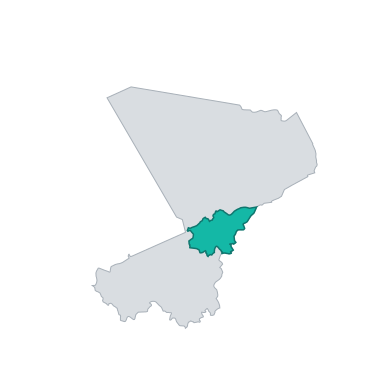 where Mopti sits in Mali, rotated 335°
{"feature_id": "MLI-2809", "entity_name": "Mopti", "entity_type": "Region", "adm_level": 1, "iso_a3": "MLI", "parent_name": "Mali", "parent_adm1": "", "projection": "orthographic", "projection_center": [-3.546, 14.53], "detail": "fine", "context": "in_parent", "style": "filled", "palette": "teal", "viewbox_px": 384, "rotation_deg": 335, "n_neighbors": 0, "source": "natural_earth", "source_scale": "10m", "svg_char_len": 6243}
<svg xmlns="http://www.w3.org/2000/svg" viewBox="0 0 384 384"><g transform="rotate(335 192 192)"><path d="M74.8,274.5L75.0,273.3L74.0,272.4L74.0,272.0L74.6,268.4L74.6,267.5L75.1,265.7L74.4,264.9L74.3,264.2L72.7,261.9L72.3,259.9L71.4,258.5L69.5,258.1L68.8,259.1L68.3,259.3L67.6,258.5L67.4,257.8L67.4,257.2L65.0,254.0L65.2,252.3L66.2,251.5L66.6,250.1L65.7,248.4L65.9,246.8L65.9,244.6L64.5,242.6L63.5,241.7L62.7,240.3L63.5,237.3L62.1,234.6L64.8,235.7L66.2,234.8L67.5,233.5L68.6,231.8L69.2,229.6L69.5,227.7L70.7,224.8L72.0,223.4L74.8,221.4L75.6,221.7L79.9,226.2L82.3,228.5L83.2,229.7L84.1,229.7L85.4,227.6L86.8,225.8L87.3,225.4L91.8,225.3L94.2,225.7L96.2,226.3L99.2,226.5L107.0,225.4L107.1,224.5L107.0,223.4L107.4,222.7L108.1,221.9L108.6,221.8L108.8,224.3L109.4,224.7L111.3,224.8L169.1,225.8L171.6,212.9L167.4,208.2L154.8,70.7L181.2,71.0L185.7,74.1L271.9,133.4L272.4,135.4L272.3,138.1L273.0,138.9L274.3,139.7L279.3,142.2L279.7,142.7L279.9,143.8L280.5,145.1L281.6,145.8L282.8,146.3L284.3,146.7L288.8,147.0L289.7,147.6L291.7,149.9L292.8,150.4L298.8,151.5L300.8,152.1L303.0,153.1L304.1,154.1L304.2,157.8L305.2,160.2L305.2,160.9L304.3,161.9L304.1,162.6L303.0,164.6L303.3,165.3L305.4,166.7L306.5,167.1L307.7,167.1L320.3,164.1L321.9,199.3L321.4,199.8L321.3,206.1L320.5,209.8L319.0,212.5L318.0,216.6L317.4,217.4L317.1,219.8L316.2,221.1L314.5,221.7L311.6,224.4L311.4,226.5L304.4,225.6L303.9,225.6L303.6,225.9L303.5,227.0L285.6,228.1L276.8,228.8L271.3,233.7L267.7,234.2L263.2,233.9L260.9,233.9L259.9,234.2L259.8,235.0L252.6,232.7L249.9,233.5L249.5,233.3L249.1,232.8L247.8,232.5L245.8,232.6L244.3,233.0L239.7,236.8L237.3,237.8L232.7,240.1L229.6,242.0L228.4,242.4L226.6,242.5L225.1,242.9L223.8,247.2L222.9,247.6L217.5,245.9L216.4,246.2L215.4,246.7L212.4,249.3L210.9,251.3L210.0,254.0L210.2,255.7L209.6,256.2L208.2,256.4L205.7,255.8L204.9,256.1L204.6,257.4L204.6,260.3L204.1,262.3L202.5,262.9L201.4,263.7L200.4,263.9L199.7,263.7L195.2,260.8L193.7,260.3L192.1,260.6L190.5,261.9L187.6,264.9L187.9,266.0L188.7,267.3L189.3,268.9L189.3,270.3L185.2,272.2L186.1,273.7L186.0,277.7L184.1,279.5L183.5,280.7L181.6,282.0L180.1,282.7L175.1,283.7L173.1,285.0L172.2,286.0L171.9,287.1L172.1,288.4L173.1,291.0L172.7,293.4L171.9,296.2L171.2,297.4L168.8,298.8L169.2,300.7L169.4,303.3L169.0,306.7L168.2,308.9L167.7,308.7L165.5,308.8L163.1,309.5L162.2,310.0L162.0,310.8L160.0,312.6L158.6,312.5L157.4,312.0L156.7,311.5L156.7,311.2L157.4,309.8L157.5,309.2L156.7,306.7L156.9,306.0L156.6,304.0L156.4,303.9L153.7,304.8L153.6,305.1L154.0,306.4L153.7,306.6L152.8,306.6L151.5,306.1L150.1,305.0L149.7,305.3L149.5,306.2L149.4,307.3L149.8,309.3L149.4,310.0L147.1,309.8L145.2,310.0L144.8,310.7L144.5,311.5L145.0,312.4L144.9,312.7L144.1,313.3L143.8,313.2L142.7,312.3L138.6,311.3L138.2,310.0L137.7,309.9L136.4,308.3L135.9,308.3L135.4,308.6L133.8,308.5L132.4,309.8L131.3,311.5L130.2,312.3L128.4,312.7L128.7,311.6L128.2,310.1L124.6,308.1L124.1,307.3L123.2,303.0L123.3,301.7L123.5,300.6L123.4,299.7L123.1,299.0L122.0,298.4L120.9,298.0L119.4,298.8L118.7,299.0L118.1,298.9L117.8,298.6L117.8,298.2L119.4,295.9L120.2,294.9L121.7,293.8L122.1,293.3L122.2,292.8L122.0,292.5L121.0,292.1L119.5,291.0L118.7,290.8L118.0,290.3L117.2,288.6L116.9,288.3L116.2,288.1L115.5,287.7L115.6,283.6L114.2,280.5L112.9,276.6L112.2,275.6L111.0,274.8L109.5,274.2L108.1,274.1L106.6,274.5L106.6,274.8L107.4,276.1L107.6,276.8L107.4,277.5L107.1,277.9L105.1,278.3L102.3,279.6L101.3,281.3L100.7,281.4L99.7,281.2L92.5,278.2L89.4,279.3L87.4,281.7L86.9,282.5L85.9,283.2L85.4,283.1L84.9,282.7L82.9,278.9L82.0,278.0L80.9,277.9L79.9,278.5L78.8,279.7L77.5,280.8L76.7,281.1L76.0,280.9L73.1,278.3L73.0,277.8L74.4,274.9L74.8,274.5Z" fill="#d9dde1" stroke="#a8b0b8" stroke-width="1"/><path d="M239.8,236.8L239.3,237.2L238.7,237.5L235.7,238.3L235.0,238.6L229.5,242.2L228.4,242.4L227.3,242.5L226.0,242.4L225.2,242.5L224.8,242.7L224.6,243.1L224.4,247.1L224.3,247.3L224.2,247.4L223.4,247.8L223.1,247.9L222.8,248.0L222.3,247.9L218.6,246.1L217.4,245.8L216.5,246.1L215.2,246.8L214.9,247.1L214.0,248.1L213.7,248.4L211.4,249.8L211.0,250.5L211.1,250.4L211.1,250.5L210.5,252.7L210.3,253.1L210.0,253.8L210.1,254.6L210.5,256.2L210.0,256.4L209.4,256.6L209.2,256.6L208.9,256.5L208.6,256.4L208.4,256.5L208.2,256.6L208.0,256.9L207.8,256.9L207.7,256.7L207.6,256.4L207.3,256.0L206.9,255.8L206.5,255.8L206.2,255.9L205.7,255.8L205.0,255.3L204.6,255.1L204.3,255.4L204.6,255.7L204.7,256.1L204.7,257.0L204.6,257.4L204.3,258.0L204.9,262.1L204.7,262.2L202.1,262.4L201.7,262.5L201.7,263.0L201.8,263.6L201.9,263.9L201.7,264.1L201.3,264.1L200.6,264.0L200.3,264.0L200.2,264.0L200.0,263.9L199.8,263.7L199.7,263.6L199.3,263.6L198.0,262.6L197.3,262.2L196.1,261.2L195.8,261.1L195.2,260.9L194.6,260.7L194.4,260.6L194.0,260.6L193.7,260.6L193.4,260.5L193.2,260.4L193.4,260.2L193.5,260.1L193.8,259.8L194.1,259.7L194.1,259.4L193.7,259.4L193.6,259.2L193.5,258.9L193.5,258.7L193.6,257.1L192.8,255.4L192.3,253.1L191.6,251.7L191.1,251.5L190.2,251.7L188.4,253.2L187.0,255.5L186.7,256.3L186.0,256.3L184.8,256.6L183.3,257.4L182.6,256.9L182.2,256.5L182.0,256.4L181.2,256.6L180.6,256.5L180.2,256.6L179.3,257.2L178.9,256.4L178.9,255.4L179.3,254.1L178.9,253.3L178.9,252.8L179.3,252.4L179.5,251.6L179.3,250.9L178.6,250.9L176.2,251.3L175.0,251.1L173.7,250.6L173.6,249.8L174.0,247.6L172.5,245.5L171.6,244.8L168.9,243.1L166.5,241.6L166.6,241.2L167.2,240.6L167.3,239.5L167.7,239.1L167.5,238.5L167.5,237.8L168.0,236.5L168.5,235.1L169.1,235.0L171.6,234.4L172.8,234.4L173.8,233.6L175.0,231.7L175.5,230.8L174.7,228.1L174.3,226.3L174.0,226.0L173.5,225.9L171.7,225.8L171.5,224.9L172.5,224.0L173.6,222.9L174.8,224.0L175.7,224.2L177.1,224.1L179.6,224.4L182.1,224.5L185.9,223.3L187.0,222.5L189.2,222.3L190.4,221.1L190.9,220.8L192.1,220.6L193.3,220.5L193.7,222.0L195.1,223.0L195.4,224.1L195.4,226.0L197.2,225.7L198.6,226.0L199.3,225.2L200.5,224.7L201.0,224.2L200.9,222.8L201.2,222.1L202.1,221.4L203.6,221.4L204.9,219.9L205.6,219.4L206.2,219.7L206.3,220.4L208.1,220.3L209.4,220.0L210.0,220.1L210.8,220.9L212.4,222.3L212.7,223.6L214.4,226.4L215.2,228.0L216.2,228.8L217.5,229.0L219.4,228.5L222.3,227.3L224.8,227.0L226.0,226.9L227.5,227.0L229.6,226.9L232.6,227.8L234.3,228.6L235.6,229.6L237.1,231.0L244.1,232.9L243.9,233.0L243.1,233.9L239.8,236.8Z" fill="#14b8a6" stroke="#0f766e" stroke-width="1.5"/></g></svg>